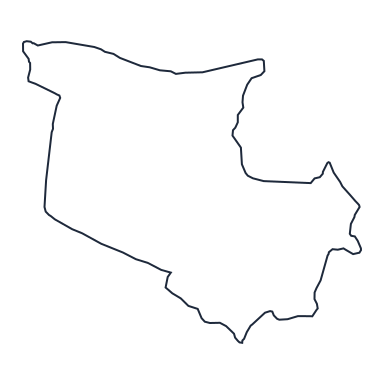 Quesada, Jutiapa, Guatemala (orthographic projection)
{"feature_id": "79465075B71071315687381", "entity_name": "Quesada", "entity_type": "district", "adm_level": 2, "iso_a3": "GTM", "parent_name": "Guatemala", "parent_adm1": "Jutiapa", "projection": "orthographic", "projection_center": [-90.049, 14.283], "detail": "fine", "context": "isolated", "style": "outline", "palette": "slate", "viewbox_px": 384, "rotation_deg": 0, "n_neighbors": 0, "source": "geoboundaries", "source_scale": "gbopen_adm2", "svg_char_len": 1811}
<svg xmlns="http://www.w3.org/2000/svg" viewBox="0 0 384 384"><path d="M28.6,81.3L35.7,83.9L54.9,93.3L56.8,94.4L58.2,95.0L59.4,95.5L60.2,97.9L56.7,105.7L52.8,124.0L53.0,128.8L51.7,132.2L46.1,180.2L44.5,207.0L45.7,211.6L49.0,215.0L50.7,216.0L54.8,219.3L55.8,219.9L72.2,229.2L82.2,233.3L101.3,243.8L122.9,252.5L135.9,259.2L147.8,262.9L161.2,269.9L170.8,272.6L167.7,277.0L165.6,287.5L172.3,293.3L180.8,298.4L188.4,305.9L197.7,308.9L201.6,318.2L204.8,321.7L209.9,323.0L219.9,322.8L226.1,326.1L234.0,333.7L235.1,337.6L237.8,340.8L239.5,342.4L242.2,342.8L242.4,340.5L244.1,338.8L246.8,332.1L250.7,325.6L252.1,324.6L265.0,312.7L270.1,311.1L272.3,311.6L273.8,315.4L277.1,318.8L279.3,319.7L287.6,319.2L298.0,316.1L309.9,316.2L312.3,316.3L316.6,309.8L317.7,308.5L316.9,303.8L314.5,299.1L314.6,292.5L316.5,288.1L320.6,280.4L327.6,255.5L328.5,254.2L328.9,252.2L332.5,249.2L337.8,249.7L343.5,248.4L345.9,249.9L353.1,254.1L359.4,252.7L361.0,250.1L360.9,248.3L357.7,240.8L354.8,236.4L351.2,235.8L349.8,233.8L350.9,223.9L354.4,217.1L354.8,214.9L359.6,207.0L359.1,205.1L357.9,203.7L355.3,201.0L350.9,195.9L342.4,186.4L340.1,181.9L333.7,172.6L329.7,162.7L328.5,162.2L327.3,163.1L322.9,171.9L322.8,173.7L319.8,177.2L314.6,178.4L310.7,183.1L263.7,181.1L252.9,178.3L247.8,175.7L245.6,173.0L241.9,164.3L240.9,147.6L232.5,135.6L233.0,130.2L235.3,127.7L237.8,122.3L237.8,115.0L243.3,107.6L242.5,102.3L243.0,95.7L247.2,84.7L251.6,78.2L260.8,75.0L264.4,71.2L263.8,60.9L262.0,59.4L257.8,59.4L202.5,72.3L185.3,72.7L175.9,73.9L170.8,71.3L159.9,70.3L149.7,67.3L140.9,66.0L119.9,57.9L113.5,53.9L104.9,51.8L101.0,49.3L94.3,47.0L65.6,42.1L52.0,42.3L37.8,45.5L33.7,43.2L32.6,43.3L30.8,41.7L26.7,41.2L23.9,42.0L23.0,43.6L23.1,51.3L28.6,58.8L29.0,61.7L30.1,63.0L30.2,69.5L28.1,77.6L28.6,81.3Z" fill="none" stroke="#1e293b" stroke-width="2"/></svg>